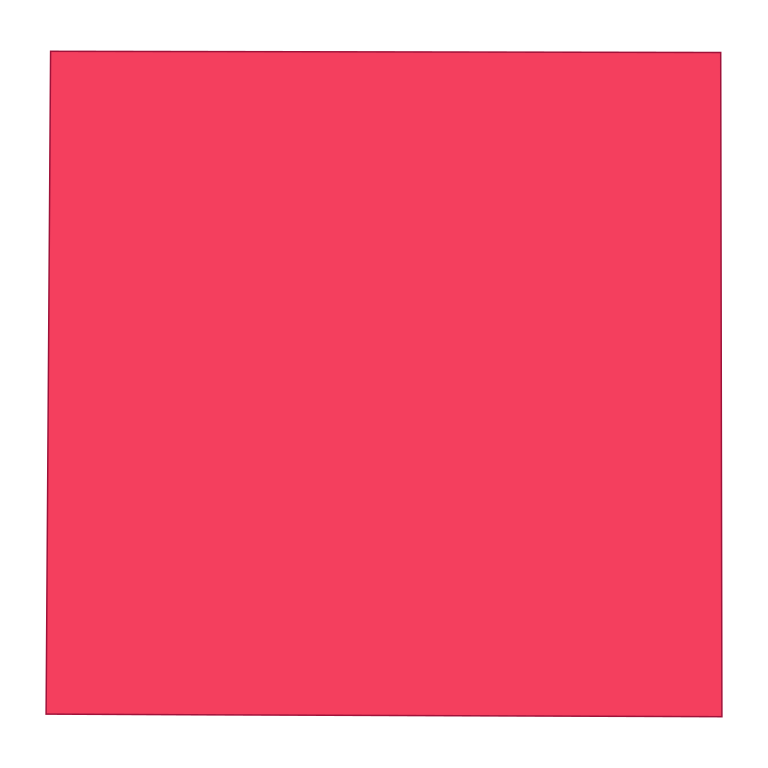 Collingsworth, Texas, United States of America
{"feature_id": "52423323B11356717138354", "entity_name": "Collingsworth", "entity_type": "district", "adm_level": 2, "iso_a3": "USA", "parent_name": "United States of America", "parent_adm1": "Texas", "projection": "orthographic", "projection_center": [-100.187, 34.965], "detail": "fine", "context": "isolated", "style": "filled", "palette": "rose", "viewbox_px": 768, "rotation_deg": 0, "n_neighbors": 0, "source": "geoboundaries", "source_scale": "gbopen_adm2", "svg_char_len": 212}
<svg xmlns="http://www.w3.org/2000/svg" viewBox="0 0 768 768"><path d="M721.9,716.7L721.1,284.4L720.7,52.5L50.6,51.3L46.1,714.1L202.2,714.8L721.9,716.7Z" fill="#f43f5e" stroke="#9f1239" stroke-width="1.5"/></svg>